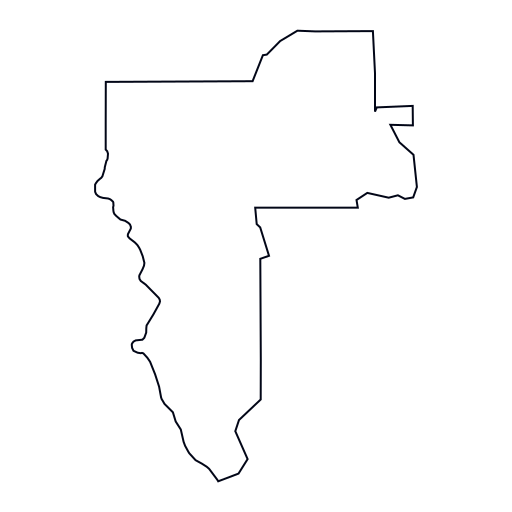 Nez Perce, Idaho, United States of America (Natural Earth projection)
{"feature_id": "52423323B94471153891164", "entity_name": "Nez Perce", "entity_type": "district", "adm_level": 2, "iso_a3": "USA", "parent_name": "United States of America", "parent_adm1": "Idaho", "projection": "natural_earth1", "projection_center": [-116.873, 46.243], "detail": "fine", "context": "isolated", "style": "outline", "palette": "ink", "viewbox_px": 512, "rotation_deg": 0, "n_neighbors": 0, "source": "geoboundaries", "source_scale": "gbopen_adm2", "svg_char_len": 1790}
<svg xmlns="http://www.w3.org/2000/svg" viewBox="0 0 512 512"><path d="M105.8,81.9L105.7,122.6L105.7,123.9L105.7,127.9L105.7,149.3L105.7,149.6L107.2,151.2L108.0,153.7L107.6,158.5L107.2,159.8L106.4,160.9L104.8,167.2L104.7,168.9L102.4,176.3L101.2,177.9L100.2,178.6L97.5,181.0L95.9,183.2L95.1,184.6L95.1,191.4L95.2,192.0L96.1,194.1L98.2,196.1L100.2,197.1L103.0,197.9L108.1,198.5L109.8,199.1L111.2,200.0L113.0,201.7L113.3,202.4L113.5,205.7L113.1,207.2L113.4,210.9L113.7,212.4L114.4,214.0L116.4,216.1L120.4,219.5L125.1,220.8L128.5,223.0L130.0,224.5L130.9,226.9L130.8,228.6L128.0,234.0L127.8,235.1L127.9,236.4L129.6,238.4L134.8,242.4L136.4,244.0L137.5,245.2L139.1,247.7L140.2,249.8L142.7,256.2L144.4,262.9L144.0,265.7L142.5,269.3L139.4,275.3L139.2,276.5L139.5,278.9L140.8,281.0L145.7,284.6L150.6,289.6L158.7,297.8L159.7,299.6L160.0,301.4L159.3,303.7L153.4,314.4L147.5,324.0L146.6,325.4L146.3,328.1L146.2,332.6L144.3,337.8L142.4,339.7L135.7,340.4L134.4,341.1L133.5,341.6L132.2,343.3L131.8,344.2L131.8,345.3L132.1,347.9L133.5,350.8L137.6,352.7L140.7,353.2L142.0,352.9L143.4,353.4L147.4,357.8L150.1,361.8L155.1,374.3L159.1,386.7L161.1,397.5L161.8,399.4L162.3,400.1L164.5,403.9L172.9,412.3L175.7,421.5L180.8,429.5L183.6,441.8L185.1,445.8L188.2,451.5L189.3,453.3L195.6,460.2L201.8,463.6L206.8,466.8L209.1,468.8L217.4,479.9L218.2,481.3L238.5,473.6L247.6,459.1L235.3,431.2L239.0,420.0L260.7,399.5L260.8,360.3L260.3,258.8L269.0,255.8L260.2,227.4L256.7,224.1L255.2,207.7L357.8,207.7L356.5,200.0L367.3,192.9L388.7,197.7L397.9,195.3L404.9,198.9L413.2,197.4L416.9,187.0L413.5,154.8L399.4,142.3L390.4,124.8L412.9,125.4L412.7,105.9L376.8,107.4L375.0,111.6L375.0,73.3L372.9,31.1L315.2,31.4L297.4,30.7L280.2,41.0L266.8,54.6L262.9,55.2L252.6,81.2L105.8,81.9Z" fill="none" stroke="#020617" stroke-width="2"/></svg>